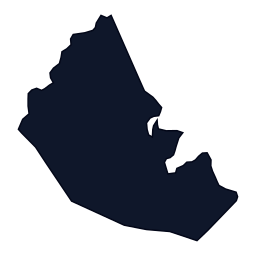 Francisco Dantas, Rio Grande do Norte, Brazil (Robinson projection)
{"feature_id": "56859067B20316816655546", "entity_name": "Francisco Dantas", "entity_type": "district", "adm_level": 2, "iso_a3": "BRA", "parent_name": "Brazil", "parent_adm1": "Rio Grande do Norte", "projection": "robinson", "projection_center": [-38.095, -6.042], "detail": "fine", "context": "isolated", "style": "filled", "palette": "ink", "viewbox_px": 256, "rotation_deg": 0, "n_neighbors": 0, "source": "geoboundaries", "source_scale": "gbopen_adm2", "svg_char_len": 1176}
<svg xmlns="http://www.w3.org/2000/svg" viewBox="0 0 256 256"><path d="M144.5,91.1L142.8,87.4L138.9,78.6L111.1,15.4L107.0,17.9L101.0,15.4L96.3,23.0L95.4,27.5L92.8,30.4L84.8,32.8L73.2,34.5L70.6,39.0L71.1,44.7L66.7,48.9L62.0,51.7L61.1,57.4L59.4,63.6L53.5,68.1L50.0,72.9L50.6,77.8L53.4,82.8L49.5,85.1L44.8,88.7L41.6,90.4L36.6,88.3L31.8,90.0L28.3,93.6L28.1,98.9L28.1,106.1L29.1,113.8L22.7,119.3L18.4,129.3L21.6,132.9L35.6,147.1L45.7,162.5L71.6,201.1L124.3,225.2L146.4,229.5L169.8,231.5L197.0,240.6L207.8,230.3L236.3,200.7L237.6,196.7L236.1,192.2L230.5,190.5L225.5,189.0L218.9,185.4L217.0,181.4L215.5,177.8L212.5,171.2L210.8,165.9L211.0,159.9L207.1,152.8L202.4,153.1L198.6,156.3L195.5,159.9L192.0,161.9L186.8,162.2L183.3,165.6L176.9,168.4L175.6,172.9L167.9,173.9L166.6,169.7L164.4,162.3L166.4,158.6L170.1,157.6L173.5,154.8L174.9,150.8L176.0,146.7L178.8,137.9L182.8,132.7L177.1,130.7L173.3,130.7L166.2,130.8L158.4,128.9L157.4,124.6L157.1,120.2L153.6,125.7L152.8,129.5L152.4,137.1L148.6,134.9L147.1,129.5L146.5,122.9L150.1,118.0L153.8,116.3L158.7,115.7L160.4,111.7L161.6,107.5L158.6,104.1L155.9,100.6L152.9,97.2L144.5,91.1Z" fill="#0f172a" stroke="#020617" stroke-width="1.5"/></svg>